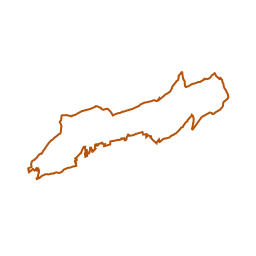 the district of Grozesti, Mehedinti, Romania, rotated 310°
{"feature_id": "2599482B51368795082410", "entity_name": "Grozesti", "entity_type": "district", "adm_level": 2, "iso_a3": "ROU", "parent_name": "Romania", "parent_adm1": "Mehedinti", "projection": "equal_earth", "projection_center": [23.327, 44.633], "detail": "fine", "context": "isolated", "style": "outline", "palette": "amber", "viewbox_px": 256, "rotation_deg": 310, "n_neighbors": 0, "source": "geoboundaries", "source_scale": "gbopen_adm2", "svg_char_len": 5803}
<svg xmlns="http://www.w3.org/2000/svg" viewBox="0 0 256 256"><g transform="rotate(310 128 128)"><path d="M151.9,122.3L151.6,122.1L148.1,120.3L145.0,119.0L144.1,118.3L143.7,117.8L142.2,117.0L139.9,115.4L138.4,114.7L137.3,113.5L136.5,113.3L135.6,112.7L134.4,112.2L133.2,111.1L131.9,110.3L131.1,109.7L127.9,108.4L129.2,104.6L129.4,103.4L129.5,101.2L129.7,100.6L129.7,100.3L129.5,100.2L129.0,99.3L126.0,97.3L125.7,96.3L125.6,95.4L126.0,94.3L125.5,93.1L125.1,91.7L125.0,90.7L124.7,90.3L124.2,89.8L123.9,89.2L123.3,89.3L118.7,87.1L111.6,82.1L111.5,81.9L102.9,78.6L102.6,77.9L101.5,77.3L101.1,77.4L100.5,77.0L98.5,72.8L97.7,72.1L97.0,71.1L95.8,69.8L94.9,69.2L93.0,70.3L92.2,71.0L90.7,71.8L89.0,71.7L88.7,71.9L88.5,72.3L88.1,73.4L86.6,76.0L85.6,76.4L83.6,77.7L82.4,78.7L80.6,79.7L80.1,79.6L78.5,79.0L74.4,78.2L73.4,77.9L70.8,77.7L69.7,77.3L67.9,77.0L66.6,76.9L61.2,77.3L57.1,77.7L56.8,77.8L55.6,77.8L54.2,78.2L52.6,78.3L52.5,77.8L50.8,77.0L50.3,77.1L48.7,76.9L47.6,77.2L45.8,77.2L44.9,76.8L43.9,76.8L43.2,76.7L41.7,76.0L40.5,75.9L37.7,77.2L37.4,77.6L37.3,77.9L37.0,78.2L36.5,78.9L36.1,79.2L33.0,77.5L31.4,79.3L31.7,79.3L30.7,80.7L31.7,80.8L33.4,81.3L33.7,81.2L34.6,81.5L35.4,81.4L35.6,81.6L35.3,83.8L36.7,83.9L37.1,84.0L36.9,85.7L37.5,85.5L37.9,84.0L38.1,84.0L38.2,83.7L38.4,83.7L38.4,84.0L39.4,85.2L38.3,86.8L38.2,87.3L37.1,88.0L36.6,88.4L34.4,89.2L33.9,89.5L33.4,90.2L32.9,90.4L30.7,90.3L30.3,91.0L33.0,92.4L34.3,92.5L36.2,92.9L38.0,93.9L39.1,94.2L39.8,94.8L40.4,95.6L40.8,95.9L41.0,96.5L41.5,97.1L44.0,98.8L44.1,99.1L44.8,99.5L45.1,100.1L45.6,100.5L45.8,100.7L46.4,100.6L48.0,101.7L49.2,104.0L50.0,104.7L52.5,105.6L54.3,105.5L55.6,105.9L57.5,107.0L58.1,107.1L58.8,107.6L60.0,108.7L61.3,109.7L63.0,110.5L65.0,112.3L65.9,112.7L66.6,111.4L66.9,111.4L67.1,111.1L67.9,110.7L68.1,110.2L67.7,110.1L68.0,109.7L67.9,109.6L68.4,108.8L68.7,108.9L69.1,108.5L69.3,108.6L69.9,109.3L70.4,109.4L70.7,109.1L70.2,108.9L70.2,108.7L70.4,108.4L70.4,108.1L70.8,107.1L71.6,107.5L78.2,107.8L78.5,108.2L78.8,108.2L79.4,107.8L81.6,107.0L83.1,106.6L85.0,106.3L86.1,107.2L85.2,107.8L84.3,108.7L83.8,109.2L83.4,109.8L84.2,110.2L84.2,110.6L84.5,110.9L84.1,111.2L83.5,111.2L83.4,110.9L83.2,111.0L83.2,111.6L82.1,111.2L81.6,111.4L81.3,111.2L80.9,111.2L80.3,111.7L78.6,113.8L79.8,114.3L80.2,114.7L80.5,114.4L79.8,114.0L80.0,113.9L80.3,113.9L80.3,113.6L80.4,113.4L81.4,112.6L82.4,113.2L82.4,113.4L83.7,114.2L83.6,114.4L83.8,114.4L84.6,113.8L84.9,114.0L86.9,112.9L88.7,111.6L89.2,112.3L88.8,112.6L88.4,113.3L88.5,113.5L87.8,114.2L87.8,114.5L88.3,114.4L88.3,114.5L88.2,114.9L87.8,115.2L87.1,115.5L86.8,115.9L87.0,116.2L88.3,116.1L89.1,116.5L90.5,116.5L90.3,116.3L90.7,116.3L91.5,115.7L91.5,115.2L92.7,114.6L93.9,113.6L94.3,113.6L94.7,113.8L95.2,114.3L93.9,114.9L94.9,115.9L95.3,116.1L95.9,116.1L96.2,115.5L96.7,115.6L97.4,116.0L99.3,117.6L99.6,117.3L100.2,117.7L99.6,118.5L99.9,119.2L99.7,119.8L99.9,120.1L100.6,120.6L99.2,121.0L98.7,121.4L104.0,124.9L106.4,123.1L109.9,126.1L112.8,128.2L113.0,128.9L115.0,130.1L115.7,129.6L116.1,129.8L116.2,130.7L117.7,131.5L117.5,132.1L116.4,133.4L116.6,133.7L118.1,134.2L120.2,132.8L120.5,132.9L121.3,132.9L121.9,132.7L122.8,132.2L123.2,132.6L122.6,133.1L123.0,133.2L123.1,133.5L122.9,134.1L125.9,136.6L127.1,137.2L127.3,137.4L127.8,137.4L134.2,141.7L133.1,143.1L132.7,143.9L135.1,146.0L134.2,146.5L132.7,147.9L133.7,148.0L135.4,148.0L135.4,148.3L135.9,149.9L135.9,150.5L135.5,151.0L136.2,151.1L135.4,152.2L134.8,153.9L134.7,157.7L134.6,159.8L135.8,159.2L139.1,159.1L138.6,159.7L137.9,160.3L137.4,160.9L137.5,161.3L139.2,161.5L140.1,161.8L140.7,161.7L142.5,162.2L143.2,162.6L143.6,163.1L146.1,165.0L147.6,165.9L149.9,166.1L150.2,166.4L151.0,166.6L151.1,166.8L151.6,167.0L151.8,167.3L153.3,167.5L155.0,168.3L156.6,168.3L158.7,168.7L159.3,168.5L160.0,168.7L162.1,168.5L163.0,168.8L164.2,169.4L165.3,168.9L166.4,168.8L167.0,169.0L168.6,168.6L169.1,168.6L171.4,169.2L172.0,168.6L177.8,168.8L179.1,168.4L179.0,169.5L178.7,170.2L178.1,171.1L177.9,171.8L177.5,172.2L174.6,174.4L174.0,174.5L173.3,175.0L172.9,175.4L172.5,175.5L169.4,177.2L168.5,177.6L167.5,177.8L168.4,177.8L168.3,178.3L168.4,178.5L172.3,178.3L183.4,177.4L184.1,177.5L192.6,180.8L193.3,183.1L193.0,183.7L193.7,184.4L197.5,185.3L197.9,185.6L200.9,186.7L205.1,186.8L206.4,186.3L208.1,185.0L209.1,184.6L210.2,184.6L211.0,185.0L211.8,185.0L213.0,185.1L213.6,185.5L214.7,185.4L215.2,185.1L215.8,185.3L217.2,183.9L217.6,183.1L218.0,182.9L218.1,182.5L218.7,181.0L219.7,179.1L220.6,176.0L221.9,173.9L222.6,173.4L223.0,172.9L223.8,171.4L224.1,170.4L225.3,169.4L225.7,167.0L225.0,167.2L224.5,166.9L224.7,165.9L224.3,166.0L224.5,163.5L224.3,162.6L224.4,162.2L224.8,161.6L225.3,160.4L225.7,159.2L225.3,159.0L223.7,158.9L222.2,158.4L220.6,158.4L219.6,158.7L218.9,158.5L217.1,157.8L216.6,157.4L216.0,156.3L213.2,154.8L213.4,154.7L211.8,154.4L211.0,154.0L209.9,153.8L209.5,153.5L208.2,152.1L206.7,151.5L205.7,150.8L205.0,150.5L204.2,149.8L203.0,148.9L198.7,147.4L196.5,145.9L196.9,144.8L197.1,144.5L197.1,144.3L199.5,142.0L200.1,141.6L200.3,141.2L200.6,140.1L201.2,138.9L201.1,138.6L201.4,138.1L202.0,137.7L203.1,136.2L203.4,136.0L204.3,135.0L204.5,134.6L205.2,134.1L205.5,133.7L205.4,133.3L203.1,133.3L202.0,133.2L201.3,133.3L200.6,133.3L200.1,133.5L200.0,133.8L199.8,134.0L199.1,134.3L198.3,134.9L197.3,135.4L196.3,135.5L194.8,135.0L193.5,135.3L192.5,135.1L191.8,135.4L190.7,135.1L190.2,135.3L189.7,135.2L189.3,135.4L189.0,135.3L188.4,135.5L187.8,135.5L186.5,136.2L185.5,136.4L184.5,136.5L183.0,137.0L181.8,136.5L179.5,135.9L179.1,135.6L178.2,135.2L174.7,134.7L169.5,133.7L170.4,132.9L167.9,133.0L166.9,132.6L166.7,131.9L166.5,131.5L166.3,130.3L166.0,130.0L165.2,129.5L163.7,128.8L162.6,127.9L160.4,126.3L158.8,125.0L158.3,124.7L157.9,124.2L156.7,123.8L156.1,123.3L155.5,123.1L153.8,122.3L151.9,122.3Z" fill="none" stroke="#b45309" stroke-width="2"/></g></svg>